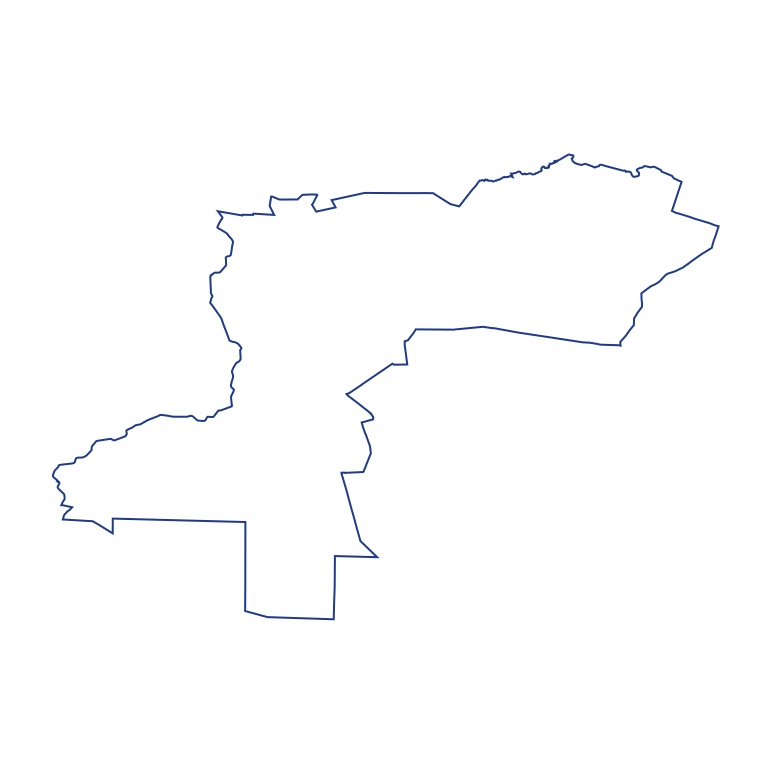 Blontu pag., Ciblas, Latvia, rotated 183°
{"feature_id": "27541924B11369023113792", "entity_name": "Blontu pag.", "entity_type": "district", "adm_level": 2, "iso_a3": "LVA", "parent_name": "Latvia", "parent_adm1": "Ciblas", "projection": "robinson", "projection_center": [27.846, 56.653], "detail": "fine", "context": "isolated", "style": "outline", "palette": "blue", "viewbox_px": 768, "rotation_deg": 183, "n_neighbors": 0, "source": "geoboundaries", "source_scale": "gbopen_adm2", "svg_char_len": 6136}
<svg xmlns="http://www.w3.org/2000/svg" viewBox="0 0 768 768"><g transform="rotate(183 384 384)"><path d="M381.8,210.7L399.3,225.9L405.0,242.7L405.7,245.2L410.5,259.2L416.1,276.4L421.9,292.8L421.8,293.2L418.6,293.4L418.5,293.2L400.2,295.0L399.9,295.2L394.0,312.6L393.5,313.9L394.3,318.9L394.8,321.2L399.6,332.9L400.0,333.2L402.7,339.8L404.3,344.4L393.0,348.1L393.1,349.5L392.9,350.3L394.9,352.9L395.6,353.5L395.8,353.8L395.7,354.0L396.4,354.2L396.8,354.8L397.2,355.1L412.3,365.7L420.0,370.9L420.9,372.1L419.6,372.5L417.8,373.4L406.2,382.1L405.5,382.8L376.7,404.7L375.0,403.8L361.8,404.7L363.9,416.3L365.4,424.2L365.5,427.8L362.4,428.9L356.9,436.9L355.2,440.2L317.8,441.9L288.2,446.3L278.1,445.4L277.7,445.6L252.7,442.4L187.5,436.0L180.7,436.0L174.2,435.3L169.7,434.6L150.8,435.0L149.8,434.7L150.0,436.4L150.3,437.7L150.0,438.7L144.8,445.2L142.0,449.8L137.6,455.9L137.7,462.5L134.6,468.3L130.4,474.6L130.7,479.5L131.2,481.7L131.7,488.0L122.7,495.5L117.9,498.1L115.0,500.1L113.8,501.3L108.9,507.1L106.9,508.7L105.9,509.3L101.4,510.9L98.8,512.0L91.4,516.1L87.3,519.4L87.1,519.3L85.1,521.2L82.7,523.2L73.5,530.4L63.8,537.1L63.0,541.2L61.9,545.6L60.8,548.8L58.1,559.0L62.2,559.9L66.8,561.5L83.1,565.5L88.0,567.0L98.9,569.7L101.2,570.1L105.5,571.9L97.4,601.4L105.2,604.5L107.3,606.9L118.0,610.7L118.5,612.0L125.1,615.0L125.8,615.1L126.6,615.0L129.3,614.3L132.6,615.0L135.5,615.2L137.4,613.6L139.5,613.2L142.2,611.9L142.8,610.8L142.6,610.3L140.3,608.1L140.2,607.7L140.5,606.8L140.3,606.1L140.8,605.2L141.1,605.0L141.9,604.8L142.8,604.4L145.2,604.0L145.7,604.0L147.0,605.1L147.4,605.7L148.3,607.8L149.4,608.7L150.9,608.9L152.3,608.9L153.4,608.5L154.1,609.2L153.9,609.4L154.0,609.5L155.0,609.8L156.1,609.5L174.9,613.4L177.9,614.3L179.5,614.3L180.1,613.9L180.7,612.9L181.1,613.0L182.0,612.3L184.1,611.8L184.8,611.2L185.3,611.3L187.0,612.1L194.4,614.4L196.8,613.7L197.8,613.1L200.2,613.3L200.8,613.7L201.8,613.7L205.0,614.7L207.3,616.5L208.3,619.0L207.5,619.5L206.9,620.7L206.8,621.6L207.0,622.1L207.4,622.3L209.0,622.3L211.1,622.9L212.5,622.3L222.2,616.0L222.7,616.2L223.6,615.9L223.1,615.3L223.2,614.9L223.4,614.9L223.9,615.4L224.2,615.4L224.7,615.2L225.3,615.6L225.6,615.3L225.7,614.9L225.7,614.6L225.1,614.0L225.4,613.7L226.8,613.4L227.1,613.3L227.2,613.0L227.8,612.9L228.4,612.6L229.7,612.8L230.0,612.6L230.1,612.3L230.0,611.5L230.1,611.1L230.7,610.9L231.3,610.0L231.2,609.8L230.6,609.5L230.7,608.9L231.1,608.5L231.4,608.4L232.4,608.4L234.0,608.0L234.7,608.2L235.0,608.4L235.0,608.6L235.2,608.8L235.2,609.3L235.5,609.4L235.9,609.5L237.0,609.2L238.1,607.6L238.2,607.2L238.1,606.7L237.8,605.9L237.8,605.2L238.0,605.0L240.4,603.9L241.9,602.7L243.2,602.4L243.7,602.2L243.9,602.0L244.0,601.7L244.3,601.5L246.4,601.0L248.2,601.8L249.4,602.0L251.7,601.2L253.9,600.8L254.5,601.5L256.6,600.6L258.3,601.9L258.6,602.1L259.0,602.9L260.6,603.3L263.1,601.9L266.2,600.9L268.1,600.8L266.3,597.3L266.8,597.4L267.7,598.1L269.0,598.4L270.4,597.3L272.7,597.1L273.8,596.7L274.4,597.1L276.2,596.4L276.8,595.8L279.5,594.1L280.9,594.0L281.7,593.5L282.1,593.0L283.0,593.1L285.3,592.0L285.8,591.9L287.3,592.6L288.6,592.5L290.5,592.5L290.9,592.7L291.3,593.3L291.7,593.4L292.4,592.8L293.6,593.5L294.5,592.7L294.6,592.2L296.8,592.8L297.9,592.2L299.2,592.1L300.9,589.6L302.7,586.7L306.3,582.3L318.2,565.3L327.1,567.1L344.9,577.1L350.9,576.9L379.3,575.4L413.4,573.8L445.9,564.9L441.6,557.8L460.7,552.6L465.3,559.3L464.5,560.4L460.5,569.2L460.7,569.5L464.9,569.6L475.0,568.7L475.6,568.4L479.4,564.4L479.8,563.8L496.2,562.8L497.9,562.9L498.4,562.8L505.3,565.3L506.5,565.3L507.5,555.9L502.6,547.1L523.3,547.3L523.6,546.0L534.2,545.6L534.5,544.9L558.9,547.8L555.9,544.1L554.3,542.2L554.0,541.6L554.3,540.7L554.5,540.2L555.1,539.9L555.6,538.7L557.0,536.0L558.6,532.0L558.6,531.6L558.2,531.2L557.8,530.9L551.4,527.7L548.4,525.8L546.7,523.6L543.9,520.8L542.9,519.5L542.4,518.6L542.2,517.6L542.8,514.0L543.4,507.4L543.8,504.7L545.1,503.7L547.1,503.2L548.2,502.7L548.3,502.5L548.7,501.3L548.3,499.9L547.9,494.5L548.0,494.1L553.3,487.3L553.8,486.9L555.0,486.5L558.7,486.3L559.3,486.1L561.3,484.5L561.1,484.5L561.6,484.0L561.8,484.1L562.2,483.7L563.1,482.3L562.5,475.2L561.8,468.6L561.7,466.0L561.5,465.4L560.6,464.0L560.0,462.8L559.9,462.3L560.2,461.7L560.8,460.8L561.1,460.0L561.2,458.5L561.9,456.3L561.8,455.9L561.5,455.4L560.7,454.7L559.2,453.0L551.1,442.7L549.8,440.8L546.9,433.7L544.6,428.7L540.6,419.4L539.5,418.9L537.8,418.3L535.3,418.0L533.8,417.5L532.3,416.8L530.8,415.5L528.5,412.8L528.3,412.2L528.4,411.6L529.2,410.7L529.4,410.2L528.6,402.9L528.6,400.9L529.5,399.5L530.6,398.4L532.1,397.7L532.7,397.1L535.0,392.9L535.7,391.4L536.5,388.6L536.4,387.9L535.5,385.6L535.1,383.6L535.2,382.3L536.2,378.3L536.8,374.7L536.7,373.9L536.5,373.2L535.4,372.1L533.8,370.8L533.5,370.2L534.1,368.2L535.9,364.1L536.1,363.0L535.7,360.0L534.7,354.2L534.9,353.7L545.8,349.0L547.5,348.9L548.2,348.6L552.2,342.7L552.7,342.3L553.1,342.1L558.4,342.0L558.9,341.6L559.1,341.2L560.3,338.6L560.8,338.2L562.2,337.6L568.2,337.8L568.8,338.1L572.5,341.1L573.5,341.8L574.5,342.1L576.1,342.0L578.1,341.2L579.0,341.0L593.1,340.3L598.6,341.0L604.4,341.5L606.0,341.3L606.6,341.1L607.4,340.4L617.1,336.0L619.1,334.9L625.0,331.1L626.2,330.7L629.3,330.0L631.0,329.1L632.7,327.6L638.5,324.5L638.8,324.0L638.8,323.0L638.2,320.7L639.5,318.3L649.7,313.8L650.4,313.6L651.1,313.7L653.6,314.8L654.4,314.9L667.4,312.2L668.3,311.9L672.5,306.3L672.6,302.6L677.3,297.0L679.8,295.4L682.0,294.7L685.3,294.5L686.9,294.1L687.7,293.6L688.4,291.3L688.6,289.9L689.4,289.0L690.8,288.4L702.8,286.4L704.4,285.8L705.1,284.0L708.3,280.2L708.7,279.5L709.9,275.4L709.6,274.4L709.1,273.6L706.0,271.3L704.1,269.6L704.7,269.4L704.0,269.0L703.7,269.0L702.9,268.1L702.9,267.8L704.3,265.0L704.5,264.1L704.5,263.7L704.4,263.4L703.4,262.1L700.6,259.8L698.0,257.5L697.5,256.7L697.2,255.3L696.9,252.8L697.3,251.6L698.4,249.9L699.9,246.1L698.2,246.1L689.0,244.6L691.2,241.9L691.8,241.4L693.3,240.4L695.8,237.4L696.7,236.0L697.6,231.9L667.7,231.7L662.0,228.8L647.1,220.6L647.8,235.4L515.2,238.9L512.0,176.1L510.8,150.0L488.3,145.1L421.9,146.4L422.4,164.3L422.6,178.1L424.0,209.6L381.8,210.7Z" fill="none" stroke="#1e3a8a" stroke-width="2"/></g></svg>